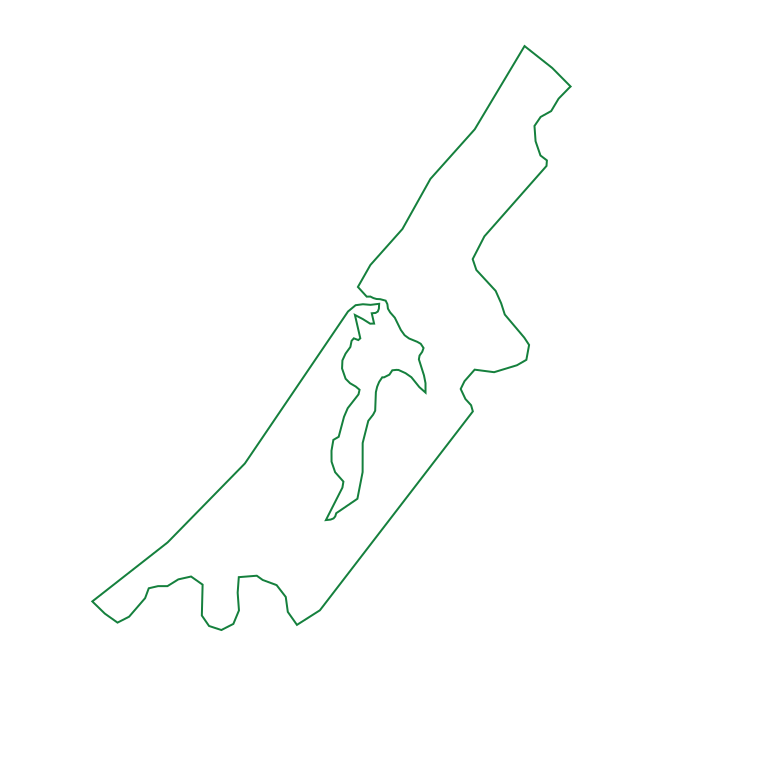 the State of Lagos, rotated 128°
{"feature_id": "NGA-2850", "entity_name": "Lagos", "entity_type": "State", "adm_level": 1, "iso_a3": "NGA", "parent_name": "Nigeria", "parent_adm1": "", "projection": "equal_earth", "projection_center": [3.544, 6.537], "detail": "fine", "context": "isolated", "style": "outline", "palette": "green", "viewbox_px": 768, "rotation_deg": 128, "n_neighbors": 0, "source": "natural_earth", "source_scale": "10m", "svg_char_len": 1872}
<svg xmlns="http://www.w3.org/2000/svg" viewBox="0 0 768 768"><g transform="rotate(128 384 384)"><path d="M31.2,481.3L31.4,446.0L34.7,420.1L37.2,420.5L51.6,422.1L66.0,420.3L77.1,425.0L88.0,424.3L99.4,414.0L107.6,401.4L107.5,393.3L112.1,390.2L205.8,395.8L231.0,391.0L237.3,381.4L241.9,353.3L248.3,341.3L254.9,331.6L261.1,302.0L263.9,293.7L277.3,286.7L287.4,290.8L306.9,304.5L316.9,321.4L332.2,322.3L340.7,320.5L345.7,310.6L347.1,302.3L350.9,297.1L601.8,295.2L627.4,304.3L622.8,319.5L612.3,330.3L608.6,344.8L613.1,358.9L613.4,366.2L625.6,379.5L638.6,370.8L651.7,358.9L665.8,355.0L678.0,360.7L682.4,372.9L678.6,385.0L653.8,403.4L654.5,417.5L664.6,425.8L676.6,430.2L682.5,437.7L689.8,443.6L699.8,440.4L724.3,441.6L736.1,447.1L736.8,462.6L735.1,478.5L734.9,480.0L642.1,457.0L532.3,444.7L349.0,457.0L339.4,454.9L334.1,449.7L329.9,443.3L323.8,437.2L327.8,434.4L330.7,433.5L333.2,434.4L335.8,437.2L342.5,429.0L345.0,432.1L345.9,440.8L347.5,449.4L362.6,430.8L365.2,431.3L366.6,435.9L370.0,436.1L375.5,433.3L383.7,433.0L391.0,431.3L397.6,426.6L403.5,417.5L404.3,411.2L403.4,404.7L403.6,399.7L407.9,397.7L425.4,397.7L434.5,395.3L453.5,387.2L459.2,389.5L468.9,384.3L477.5,377.5L483.6,368.2L485.9,355.9L491.2,353.0L527.0,346.0L523.7,342.6L521.0,341.0L518.4,340.9L515.2,342.1L490.8,334.3L466.6,346.6L443.6,364.5L422.7,373.7L414.9,373.7L410.5,374.5L395.4,385.4L390.4,387.7L385.4,389.1L379.8,389.5L378.8,388.1L373.3,385.5L368.1,385.9L365.3,383.0L364.0,381.2L362.2,373.7L361.8,366.6L364.7,354.2L365.2,346.0L357.8,351.8L352.6,357.8L343.1,371.7L339.7,373.5L335.1,373.7L331.3,375.0L329.7,379.8L330.3,383.8L332.7,392.3L332.9,397.7L331.1,403.9L325.1,416.3L323.8,423.2L322.2,427.3L319.0,430.5L317.3,434.0L319.5,439.2L321.6,442.2L322.8,445.2L323.5,448.6L325.8,451.4L323.6,464.3L298.6,468.0L250.5,464.9L193.8,473.7L127.4,469.3L31.2,481.3Z" fill="none" stroke="#15803d" stroke-width="2"/></g></svg>